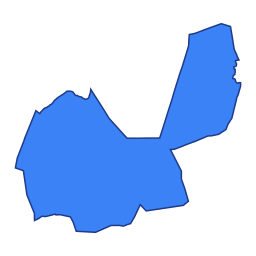 the district of San Pedro Coxcaltepec Cántaros, Oaxaca, Mexico
{"feature_id": "50627088B12949539755090", "entity_name": "San Pedro Coxcaltepec Cántaros", "entity_type": "district", "adm_level": 2, "iso_a3": "MEX", "parent_name": "Mexico", "parent_adm1": "Oaxaca", "projection": "natural_earth1", "projection_center": [-97.096, 17.53], "detail": "fine", "context": "isolated", "style": "filled", "palette": "blue", "viewbox_px": 256, "rotation_deg": 0, "n_neighbors": 0, "source": "geoboundaries", "source_scale": "gbopen_adm2", "svg_char_len": 2073}
<svg xmlns="http://www.w3.org/2000/svg" viewBox="0 0 256 256"><path d="M230.5,26.5L221.3,23.7L207.6,28.6L194.9,33.4L189.3,34.5L188.9,39.9L188.6,45.9L182.3,66.5L180.1,72.7L174.6,90.3L171.6,100.6L169.0,108.6L162.6,129.0L159.7,138.0L154.2,138.1L145.6,138.1L139.8,138.2L127.1,138.2L123.3,134.1L109.2,118.5L106.6,114.3L103.0,108.5L91.5,90.5L91.5,90.4L90.8,89.3L90.3,92.9L89.9,94.1L89.5,95.2L89.2,95.8L89.1,96.6L88.8,97.6L87.8,98.6L85.8,99.3L84.4,98.9L83.6,98.4L82.8,98.2L81.6,97.0L80.4,96.9L78.1,96.1L77.6,95.6L76.4,95.5L75.4,95.4L74.8,94.4L73.9,93.3L72.8,91.9L71.5,91.4L69.1,91.1L66.7,91.3L65.5,92.5L62.7,94.5L61.1,95.4L60.3,96.0L59.1,96.7L58.5,97.2L57.3,98.0L55.9,99.3L54.6,100.3L53.0,102.5L52.3,103.3L51.5,104.2L50.0,104.9L49.2,105.7L48.7,106.2L47.7,106.7L47.0,107.3L45.9,107.7L44.7,108.1L43.1,109.5L42.4,110.4L41.9,110.8L40.6,112.3L39.8,113.6L35.9,110.7L24.4,139.0L24.6,139.1L17.3,157.9L15.4,167.9L23.4,170.7L26.9,194.8L34.4,213.4L34.5,220.5L38.7,218.5L42.0,216.2L45.5,216.6L54.6,214.3L55.6,214.2L55.9,214.9L60.3,214.7L70.4,216.9L73.3,222.5L76.2,231.2L78.6,231.4L95.6,232.3L110.9,225.5L119.1,225.4L123.5,226.1L126.4,225.0L126.8,224.7L130.6,223.6L134.4,217.1L140.2,204.7L146.2,210.9L183.4,205.3L188.4,201.2L184.7,188.4L181.4,179.2L181.4,171.1L170.4,149.5L174.3,149.3L187.1,144.3L196.0,141.0L207.8,136.0L211.5,135.8L218.7,134.3L221.6,132.4L226.0,129.5L226.4,128.4L227.7,124.8L230.7,119.9L231.8,118.4L236.4,99.6L236.8,97.5L238.1,94.9L240.6,86.0L240.6,82.7L239.4,82.6L238.6,82.8L238.2,83.2L237.7,83.2L236.7,82.7L236.1,82.2L235.7,81.4L235.4,80.3L235.1,79.2L234.3,78.7L233.6,78.7L233.2,78.8L232.8,78.4L232.8,77.4L233.1,76.2L233.4,75.6L233.8,75.2L234.4,74.8L235.0,74.2L234.9,73.8L234.9,73.2L235.0,72.8L235.2,72.2L235.2,71.7L235.1,71.3L235.0,70.6L235.0,70.1L235.2,69.9L235.2,69.4L234.9,69.2L234.3,69.2L234.2,68.8L233.9,67.7L233.9,66.8L234.1,66.8L235.4,66.5L235.9,66.3L236.4,65.5L236.5,64.2L236.4,63.4L236.0,62.8L235.6,61.9L235.4,61.0L235.6,60.5L238.9,60.0L238.6,59.3L237.1,56.2L236.7,54.8L234.2,49.4L232.3,37.3L230.5,26.5Z" fill="#3b82f6" stroke="#1e3a8a" stroke-width="1.5"/></svg>